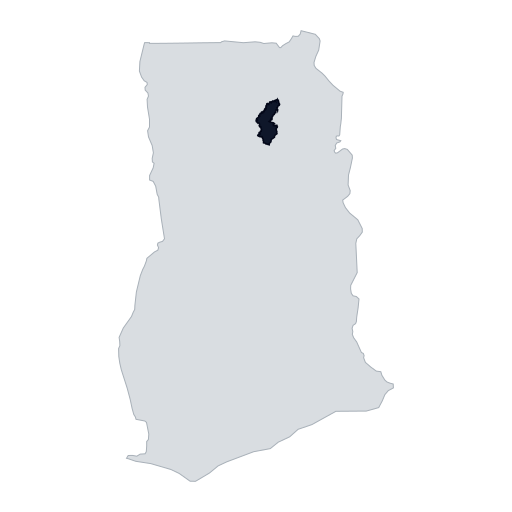 location of Savelugu, Northern, Ghana
{"feature_id": "2480657B27215926841583", "entity_name": "Savelugu", "entity_type": "district", "adm_level": 2, "iso_a3": "GHA", "parent_name": "Ghana", "parent_adm1": "Northern", "projection": "robinson", "projection_center": [-0.823, 9.867], "detail": "fine", "context": "in_parent", "style": "filled", "palette": "ink", "viewbox_px": 512, "rotation_deg": 0, "n_neighbors": 0, "source": "geoboundaries", "source_scale": "gbopen_adm2", "svg_char_len": 7718}
<svg xmlns="http://www.w3.org/2000/svg" viewBox="0 0 512 512"><path d="M315.3,34.3L319.3,38.6L320.1,41.0L318.7,50.1L315.8,56.5L314.0,62.5L314.2,65.5L316.0,68.4L322.0,73.1L325.1,76.2L328.8,80.8L333.0,85.3L340.1,91.2L343.2,92.3L343.0,93.9L342.0,96.2L341.4,118.1L340.8,123.7L340.3,126.6L339.7,134.8L338.9,136.0L337.5,135.9L336.3,136.2L336.0,137.8L336.5,139.5L340.8,140.7L339.9,141.9L336.7,143.0L335.2,145.5L335.8,148.3L334.1,150.6L334.6,152.1L335.7,153.2L337.5,152.8L342.6,149.0L344.7,148.6L347.3,149.4L352.2,155.1L352.4,158.0L350.4,167.6L348.5,175.0L348.1,185.0L350.2,190.6L349.9,193.6L347.7,196.3L342.7,200.1L343.1,202.7L345.4,207.6L349.6,213.0L357.8,219.8L362.2,228.5L362.3,232.1L359.7,235.7L356.8,238.8L355.8,243.3L357.2,272.6L350.7,285.4L350.6,289.0L351.3,293.3L353.0,295.8L356.3,296.5L359.0,299.0L358.1,307.9L356.7,317.1L356.4,321.5L355.6,323.6L353.1,325.3L352.1,328.2L352.8,331.7L352.3,334.4L353.7,337.8L356.7,342.0L361.4,352.5L363.3,353.4L364.1,355.6L363.6,357.7L365.4,362.4L370.7,367.0L376.3,371.1L380.8,371.7L381.9,375.3L384.8,380.0L387.0,382.0L390.4,383.3L393.2,384.0L393.4,387.9L388.3,390.6L384.9,394.6L382.3,400.8L378.7,407.6L366.2,411.1L361.4,411.1L335.9,411.3L311.9,424.6L298.1,429.3L289.7,436.8L278.2,442.2L270.3,448.6L253.7,451.7L226.6,461.9L218.1,465.9L209.5,473.0L195.5,481.3L190.1,481.2L179.1,473.4L170.9,469.5L150.8,463.6L135.8,461.3L128.5,458.8L126.5,458.3L128.2,455.5L132.4,455.4L136.8,456.2L140.2,454.1L145.1,453.8L146.3,451.6L146.7,446.0L146.7,441.5L148.4,439.5L148.8,434.1L146.5,422.4L144.8,421.0L136.0,419.3L135.4,417.0L133.8,414.5L132.1,408.4L130.2,399.4L127.2,388.2L121.3,369.7L119.8,363.2L118.8,356.5L118.6,348.6L119.9,345.6L119.7,341.5L119.1,337.4L123.3,328.0L131.5,316.5L133.2,312.3L134.7,309.5L134.9,305.3L136.4,291.9L140.3,275.7L142.7,269.5L144.4,266.2L146.4,260.8L146.9,258.3L154.4,252.0L157.8,250.2L158.6,247.7L157.4,245.0L157.9,243.1L159.7,242.2L162.5,241.4L164.5,238.8L161.3,218.8L158.8,198.9L158.7,197.2L157.2,194.4L155.7,186.2L153.2,181.4L149.6,180.0L149.6,175.5L153.2,167.8L154.1,163.3L152.4,161.9L152.2,158.4L153.4,152.8L152.8,149.3L152.2,145.6L148.5,136.9L147.6,130.7L149.5,127.1L149.5,119.2L147.5,107.0L147.1,99.3L148.5,96.1L147.9,93.0L145.2,90.1L145.0,87.3L147.3,84.5L147.0,82.4L144.2,80.8L141.6,77.1L139.4,71.1L139.9,61.6L144.2,44.0L144.7,42.6L149.5,42.7L149.5,43.4L164.5,43.3L181.6,43.1L202.1,42.8L220.7,42.6L221.5,41.8L224.6,40.9L243.4,42.7L255.1,41.8L260.1,42.3L263.8,43.5L271.9,42.8L276.2,43.2L279.5,47.6L280.8,47.6L282.6,45.7L285.9,43.6L289.2,41.9L291.5,38.5L293.0,35.9L295.1,36.4L298.2,36.3L300.2,34.1L301.1,30.7L315.3,34.3Z" fill="#d9dde1" stroke="#a8b0b8" stroke-width="1"/><path d="M264.9,143.2L265.1,143.2L266.0,144.0L266.5,143.7L266.8,144.1L267.8,144.2L267.8,144.4L268.1,144.6L268.3,144.5L268.8,144.6L269.2,144.8L269.4,143.5L269.9,142.8L270.9,141.9L271.3,139.2L272.2,138.9L274.5,137.2L274.5,136.1L275.2,135.0L277.0,133.7L276.8,133.0L276.6,132.7L276.6,132.3L276.9,131.9L276.8,131.6L276.8,131.3L276.7,131.1L276.3,130.4L276.4,130.0L276.3,129.9L276.1,129.6L276.2,129.3L276.1,129.1L276.1,128.8L276.2,128.6L276.2,128.3L276.4,128.1L276.6,128.1L276.7,127.8L276.9,127.7L277.1,127.5L277.3,127.3L277.3,127.1L277.1,126.8L277.2,126.7L276.9,126.5L277.0,126.2L276.8,126.0L276.8,125.8L276.9,125.7L276.6,125.5L276.6,125.4L276.4,125.5L276.0,125.7L275.8,125.7L275.7,125.5L275.3,125.8L274.9,125.4L274.8,125.6L274.6,125.7L274.3,125.4L274.0,125.7L273.7,125.6L273.4,125.6L273.3,125.1L273.5,124.9L273.4,124.8L273.2,124.2L273.5,123.8L274.1,123.5L273.9,123.4L273.9,123.1L273.2,122.7L272.9,122.8L271.9,122.4L271.1,122.3L270.3,122.1L270.2,122.0L269.9,121.9L269.0,121.5L269.2,121.3L269.3,121.2L269.7,121.4L269.8,121.2L270.1,120.9L270.3,120.9L270.4,120.5L270.6,120.4L270.5,120.1L270.8,120.0L270.6,119.9L270.7,119.6L270.8,119.6L271.0,119.6L271.0,119.4L271.1,119.5L271.3,119.4L271.3,119.2L271.4,119.3L271.6,119.2L271.6,118.9L272.1,118.9L272.0,118.4L272.0,118.2L272.0,117.7L272.1,117.2L272.2,116.9L272.4,116.7L272.6,116.4L272.6,116.2L272.8,116.1L273.0,115.6L273.1,115.3L273.3,115.0L273.3,114.8L273.4,114.7L273.6,114.7L274.2,114.5L274.3,114.2L274.7,113.6L274.6,113.3L274.8,113.2L275.1,112.6L275.8,112.6L275.9,109.9L277.4,110.0L277.6,110.6L277.7,110.1L277.7,109.5L277.0,109.0L277.1,108.8L277.1,108.2L277.2,107.9L277.0,107.6L277.4,107.5L277.4,107.4L277.6,107.1L277.7,106.9L277.7,106.7L277.8,106.1L278.0,106.1L278.4,105.6L278.7,105.5L278.8,105.6L279.0,105.5L279.2,105.3L279.3,105.2L279.4,104.9L279.5,104.5L279.4,104.5L279.3,104.3L279.5,104.2L279.4,104.0L279.2,103.9L279.2,103.6L279.1,103.4L279.0,103.1L278.9,103.1L278.7,103.0L278.6,102.8L278.7,102.6L278.7,102.2L278.7,101.8L278.5,101.3L278.3,101.2L278.4,100.8L278.4,100.2L277.8,100.0L277.5,100.1L277.4,99.5L277.1,100.0L276.9,99.9L276.8,99.6L276.7,99.6L276.4,100.1L275.8,100.3L275.6,100.3L275.6,100.0L275.7,99.9L275.4,100.0L275.1,100.3L275.3,100.5L275.5,100.4L275.6,100.5L275.4,100.8L275.6,101.4L275.0,100.9L274.8,100.9L274.7,101.0L274.3,100.8L274.0,101.0L274.4,101.4L274.2,101.6L273.6,101.0L273.3,101.2L273.4,101.4L273.2,101.6L272.7,101.5L272.5,101.4L272.4,101.2L272.2,101.4L272.2,101.6L271.7,102.0L271.5,101.8L271.4,101.8L271.3,102.5L271.2,102.8L270.9,102.5L271.1,102.3L271.0,102.1L270.8,102.1L270.6,102.3L270.6,102.6L270.4,102.6L270.2,102.3L270.3,102.3L270.2,101.9L269.9,101.9L269.8,102.0L269.6,102.7L269.1,103.6L269.0,104.0L268.9,103.9L268.8,104.0L268.8,104.3L268.8,104.5L268.5,104.5L268.1,104.2L267.8,104.2L267.7,104.0L267.9,103.8L267.8,103.5L267.3,103.5L266.8,103.8L266.7,104.1L266.8,104.3L267.0,104.3L267.1,104.5L266.6,105.0L266.4,105.3L266.6,105.3L266.5,105.5L266.0,105.9L265.9,106.1L266.4,106.5L266.5,106.8L265.9,107.3L265.8,107.5L266.0,108.0L265.9,108.4L266.2,108.5L266.1,108.9L265.7,109.0L265.3,108.6L265.1,108.6L265.1,108.9L265.0,109.2L265.1,109.4L264.9,109.4L264.7,109.1L264.5,109.3L264.5,109.7L264.8,110.3L264.6,110.4L264.4,110.3L264.2,111.1L264.2,111.4L263.9,111.3L263.6,111.0L263.3,111.2L263.2,111.4L263.2,111.9L263.3,112.0L263.5,111.9L263.5,112.0L263.2,112.1L262.9,112.1L262.9,111.9L262.7,111.9L262.6,112.2L262.6,112.8L262.3,112.6L262.0,112.1L261.6,112.0L261.4,112.2L261.5,112.7L261.3,113.0L261.5,113.3L261.4,113.5L260.9,113.3L260.6,113.3L260.1,113.5L259.9,114.4L259.6,114.8L259.5,115.3L259.4,115.5L259.6,115.8L259.3,115.8L259.0,115.4L258.8,115.4L258.7,115.6L258.7,116.4L258.8,116.4L259.0,116.8L259.0,117.0L258.2,117.4L257.8,117.8L257.3,118.0L256.6,118.6L256.7,118.9L257.0,119.1L257.5,120.0L257.5,120.3L257.2,120.5L256.7,120.5L256.5,120.4L256.3,119.9L256.1,120.0L256.1,120.6L256.3,121.6L256.5,121.7L256.9,122.0L257.0,122.1L257.2,122.5L257.5,122.7L257.4,122.7L257.2,122.6L257.4,122.7L257.7,122.7L257.8,122.7L258.0,123.2L258.6,122.9L258.8,122.9L259.0,123.1L259.3,123.5L259.5,123.8L259.5,124.5L259.6,124.8L259.5,125.1L259.2,125.4L259.2,125.6L259.5,126.4L259.7,126.8L260.0,127.0L260.3,126.9L260.6,126.6L260.8,126.7L261.0,128.4L261.4,129.0L261.5,129.3L261.2,129.8L261.2,130.3L261.3,130.6L261.2,131.3L260.6,131.3L260.4,131.3L260.3,131.5L260.2,132.0L260.0,132.3L259.8,132.5L259.2,132.5L259.0,132.8L259.0,133.0L260.0,133.7L260.0,134.1L259.7,134.5L259.3,134.7L258.9,134.4L258.4,134.4L258.2,134.6L258.0,135.2L257.7,135.4L257.7,135.5L257.9,135.8L258.1,135.8L258.3,135.8L258.5,135.9L258.7,136.2L258.8,136.2L258.9,136.3L259.1,136.4L259.6,136.6L259.8,136.7L260.0,136.8L260.3,136.8L260.5,136.6L260.9,136.8L261.0,136.8L261.0,136.7L261.4,136.6L261.5,136.7L261.8,136.6L262.0,136.6L262.0,137.0L262.2,137.4L262.3,137.4L262.2,137.7L262.6,138.1L262.6,138.3L262.7,138.6L262.8,138.7L262.9,139.0L263.1,139.4L263.3,139.5L263.3,139.8L263.3,140.3L263.2,140.4L263.1,140.6L263.4,140.9L263.6,141.8L263.7,142.2L263.6,142.4L263.4,142.7L263.4,142.8L263.5,142.9L263.8,142.8L264.1,142.8L264.7,143.0L264.9,143.2Z" fill="#0f172a" stroke="#020617" stroke-width="1.5"/></svg>